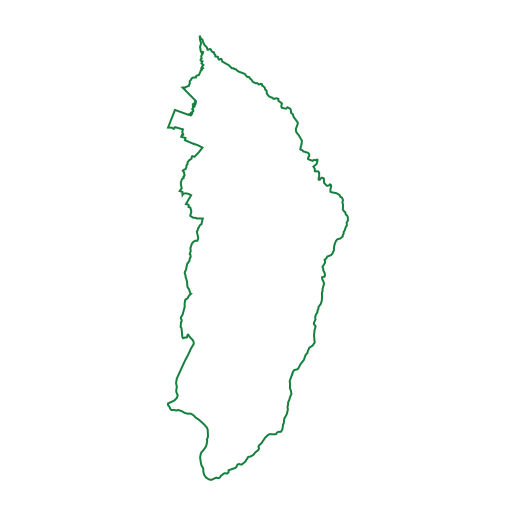 Rumiñahui, Pichincha, Ecuador, rotated 358°
{"feature_id": "8360857B83560565245065", "entity_name": "Rumiñahui", "entity_type": "district", "adm_level": 2, "iso_a3": "ECU", "parent_name": "Ecuador", "parent_adm1": "Pichincha", "projection": "orthographic", "projection_center": [-78.45, -0.399], "detail": "fine", "context": "isolated", "style": "outline", "palette": "green", "viewbox_px": 512, "rotation_deg": 358, "n_neighbors": 0, "source": "geoboundaries", "source_scale": "gbopen_adm2", "svg_char_len": 6070}
<svg xmlns="http://www.w3.org/2000/svg" viewBox="0 0 512 512"><g transform="rotate(358 256 256)"><path d="M269.7,434.8L270.8,433.3L272.1,432.6L274.8,432.5L276.2,430.5L276.8,427.8L277.0,425.8L277.9,424.2L278.6,419.5L281.2,415.2L282.5,410.5L282.2,407.8L282.9,405.7L283.0,403.3L284.1,401.3L285.1,398.1L286.6,395.2L286.1,391.5L285.3,389.4L285.6,384.4L285.3,382.3L287.3,377.1L288.1,376.1L288.1,374.7L288.7,374.1L288.8,373.1L290.4,371.2L292.7,370.9L294.2,370.1L296.7,365.7L300.3,361.4L301.8,357.3L303.0,355.5L303.9,354.9L304.5,352.8L306.1,349.5L309.3,347.6L311.6,344.6L311.2,336.3L311.6,335.2L311.8,332.6L313.1,328.5L312.7,327.6L311.5,326.1L311.5,325.0L313.2,321.5L313.0,319.2L313.7,316.9L315.4,314.4L315.7,312.3L316.5,311.0L316.7,309.1L319.1,306.1L320.2,302.9L320.6,298.8L320.6,295.0L321.3,293.5L321.3,291.5L323.0,286.1L322.7,284.4L321.5,281.7L321.2,279.7L322.2,279.2L323.6,279.1L324.2,278.0L324.2,276.8L324.0,275.3L322.7,272.7L322.8,270.8L322.0,269.2L324.5,265.6L324.9,263.8L324.4,262.3L326.0,261.0L327.3,259.0L331.0,257.8L332.6,256.0L334.1,252.9L334.2,250.5L334.8,247.6L336.3,244.0L337.5,242.5L338.4,242.0L340.7,241.5L343.3,239.6L343.5,238.1L344.4,236.7L344.4,235.1L345.2,234.2L346.9,229.8L347.9,228.6L347.8,225.7L349.1,223.7L349.1,220.4L348.6,219.0L347.1,217.5L346.7,215.3L345.5,214.4L344.4,212.5L344.8,208.2L344.2,205.2L344.9,203.2L344.0,200.7L342.4,199.9L342.1,198.6L341.0,197.5L338.2,195.9L333.5,194.9L332.6,194.3L332.7,191.7L333.6,189.1L333.3,187.6L332.4,187.0L331.4,188.1L329.2,188.3L326.6,185.3L326.5,180.9L324.8,180.0L323.5,180.7L322.4,182.0L321.7,182.1L321.3,181.8L321.3,180.2L321.9,178.9L322.0,174.7L321.0,173.6L317.9,173.4L317.7,172.9L317.8,171.0L316.5,168.7L319.7,166.3L320.7,163.4L320.7,161.9L320.0,161.8L319.1,162.4L317.1,162.0L315.9,162.9L311.6,161.1L311.3,160.7L311.9,158.8L312.7,158.0L312.7,156.5L312.4,155.5L311.1,154.5L307.1,153.2L305.8,151.8L304.5,151.4L303.9,150.7L305.4,145.9L305.9,142.4L303.2,137.2L300.6,133.6L300.3,132.2L300.3,130.3L302.3,125.5L302.4,124.1L298.5,118.4L297.6,115.4L296.1,114.3L295.9,111.3L295.4,110.1L292.7,108.5L291.3,109.7L290.4,109.7L286.9,108.7L286.5,107.3L287.2,104.4L283.8,101.6L283.8,99.7L282.1,99.1L279.1,99.6L278.0,98.5L274.9,97.2L272.6,94.4L272.3,91.2L270.9,89.8L270.6,88.1L269.3,86.7L268.1,86.0L267.8,84.3L266.8,84.1L265.0,84.8L263.3,83.3L261.6,83.3L259.0,81.9L257.7,79.8L256.1,78.3L255.5,77.0L253.3,76.6L251.1,73.6L245.3,71.2L243.2,69.7L242.5,68.7L240.9,68.4L240.2,67.6L238.5,67.6L235.6,64.5L229.1,60.5L228.3,57.9L227.4,57.9L226.0,58.5L225.5,58.2L225.0,55.9L224.7,55.6L222.4,55.2L222.3,53.6L221.3,52.5L221.3,51.3L220.8,50.8L220.2,50.9L218.8,49.9L218.0,47.9L217.2,47.5L215.2,48.3L214.6,47.9L214.1,45.7L212.1,43.6L210.8,41.0L210.0,37.9L208.5,36.8L207.4,33.8L207.6,37.9L208.5,41.6L207.4,45.1L207.9,49.3L208.6,50.8L209.7,50.1L210.3,50.4L209.5,52.5L208.5,53.6L208.2,55.1L208.6,56.8L207.6,57.5L207.4,58.3L208.2,59.3L209.3,59.6L208.2,61.5L210.1,63.3L208.9,64.6L209.6,66.5L209.3,66.6L208.2,66.0L207.8,66.5L207.8,67.0L208.4,67.4L208.4,68.1L207.3,68.8L205.3,73.1L202.8,73.8L202.2,74.5L202.1,75.5L199.1,75.5L197.8,76.3L197.4,77.3L195.8,79.1L195.9,81.4L195.1,82.4L194.8,83.7L192.1,84.5L190.6,85.5L190.0,85.0L188.5,85.1L201.4,99.1L201.2,100.2L200.4,99.8L200.0,100.4L199.9,101.2L200.7,101.4L200.9,101.9L200.3,102.8L198.9,102.0L198.2,102.1L198.1,102.7L199.6,104.6L199.3,104.8L198.5,104.3L198.2,104.5L198.1,104.8L198.3,105.5L197.4,106.9L197.4,107.2L198.4,107.6L198.3,109.3L196.1,110.5L196.1,110.8L197.1,111.4L196.1,113.1L195.5,113.2L195.0,112.9L194.7,111.9L194.3,111.8L193.6,112.6L180.1,107.2L172.6,124.6L176.3,124.8L178.2,126.1L178.7,125.8L179.2,124.5L179.6,124.4L187.4,126.9L186.6,129.5L187.6,132.2L187.2,132.5L186.3,132.3L185.4,134.2L189.7,135.6L189.0,137.8L198.0,142.0L198.1,141.8L202.0,143.4L206.3,145.8L202.5,150.3L198.0,154.7L195.8,154.0L195.4,154.3L194.9,156.5L192.3,158.2L190.8,160.3L190.7,161.8L189.7,163.0L189.6,164.5L188.7,166.6L186.6,167.5L185.8,168.3L187.1,169.9L187.0,170.9L187.5,172.5L186.9,173.9L186.4,173.9L186.1,174.4L186.3,175.7L185.3,176.1L184.5,177.0L183.4,180.3L183.6,183.2L184.2,185.6L182.0,188.4L184.6,189.3L184.7,192.4L185.4,191.4L186.3,191.0L188.7,191.0L191.2,191.8L193.3,193.0L187.8,201.6L190.3,202.4L190.5,203.2L190.3,204.7L192.0,205.2L192.9,208.8L192.7,210.3L191.7,213.1L191.9,213.8L194.5,215.5L197.4,215.9L198.0,216.4L204.1,216.7L202.6,222.3L201.4,223.0L200.5,224.1L199.8,225.7L199.0,226.2L198.6,228.4L197.7,229.4L198.9,235.8L198.4,237.7L197.8,238.7L196.0,238.6L194.0,239.6L192.4,241.4L190.7,245.8L190.9,249.0L189.8,251.6L190.6,252.7L190.6,254.9L189.8,255.9L189.3,258.5L186.9,261.6L185.6,267.2L184.3,269.6L184.2,271.1L184.9,272.8L184.9,274.5L186.2,279.0L186.3,283.8L186.7,285.1L188.0,287.2L188.8,290.5L189.2,291.3L189.7,291.5L187.6,293.4L185.9,296.1L183.8,297.2L183.0,301.0L182.9,304.6L180.6,312.0L179.0,314.5L178.7,316.0L179.4,317.0L179.4,318.3L179.3,319.0L178.7,319.7L178.2,324.3L179.0,325.4L179.6,334.4L180.2,335.6L182.2,335.0L184.0,335.0L184.9,332.5L185.3,332.2L185.7,332.5L186.7,334.3L190.0,338.0L190.6,339.5L190.7,341.7L187.8,346.2L184.7,352.4L180.9,359.0L172.5,375.9L171.7,380.2L172.3,384.1L171.5,388.0L172.0,390.4L172.9,392.3L172.3,394.2L171.8,395.2L169.2,397.7L162.9,400.3L162.9,402.0L164.3,403.8L165.1,406.0L166.3,407.1L168.7,406.9L170.8,407.7L172.7,407.2L173.3,407.3L177.1,408.8L178.8,410.1L181.8,411.2L184.8,411.2L185.8,411.5L188.0,413.1L190.1,415.4L193.2,417.6L198.1,422.3L200.9,425.8L201.7,427.9L201.7,435.1L200.5,437.8L200.8,439.2L200.1,442.4L199.3,444.7L196.7,448.2L194.6,450.3L193.8,452.1L193.1,455.6L193.8,461.7L194.4,463.7L195.8,466.3L195.9,470.2L196.7,473.1L198.5,475.8L201.2,477.6L203.5,478.2L208.6,476.1L210.3,476.7L211.4,476.6L212.4,475.8L213.2,474.5L216.5,472.2L217.6,472.0L219.5,472.4L220.4,471.9L221.0,471.2L221.1,469.2L228.0,467.0L228.9,466.4L230.2,463.8L232.0,463.3L233.5,463.9L234.6,463.8L238.4,460.9L239.1,459.4L240.4,458.2L240.5,457.2L241.3,456.5L243.4,456.2L246.3,454.8L248.4,452.3L251.6,450.0L252.3,448.4L251.8,446.6L252.5,445.3L255.0,443.2L258.8,437.9L261.4,435.6L262.7,434.8L263.8,434.5L266.5,434.8L269.7,434.8Z" fill="none" stroke="#15803d" stroke-width="2"/></g></svg>